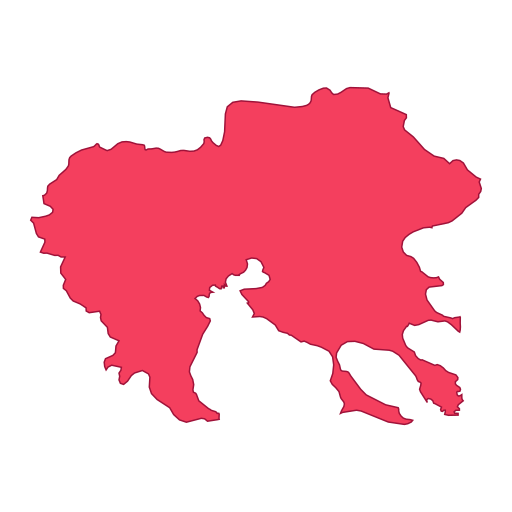 the Region of Kentriki Makedonia
{"feature_id": "GRC-2991", "entity_name": "Kentriki Makedonia", "entity_type": "Region", "adm_level": 1, "iso_a3": "GRC", "parent_name": "Greece", "parent_adm1": "", "projection": "robinson", "projection_center": [23.042, 40.656], "detail": "fine", "context": "isolated", "style": "filled", "palette": "rose", "viewbox_px": 512, "rotation_deg": 0, "n_neighbors": 0, "source": "natural_earth", "source_scale": "10m", "svg_char_len": 6042}
<svg xmlns="http://www.w3.org/2000/svg" viewBox="0 0 512 512"><path d="M241.1,100.9L258.0,102.1L294.6,107.3L302.4,106.5L306.6,105.4L308.6,104.3L310.2,102.7L311.2,100.5L311.5,96.4L312.1,94.7L314.8,92.3L318.9,89.9L323.3,88.2L326.5,88.0L330.0,90.2L331.7,92.8L333.6,94.5L337.6,94.1L340.9,92.4L346.5,88.6L350.0,87.6L368.2,88.1L380.4,93.9L386.6,94.1L388.9,92.8L389.0,93.2L387.9,97.8L390.7,107.6L406.3,114.6L406.4,117.8L404.4,120.5L403.2,126.6L404.6,129.9L413.4,137.0L424.5,149.5L434.1,156.1L443.8,158.4L449.6,163.7L453.0,160.6L456.5,159.9L459.8,160.5L463.4,163.0L467.4,169.9L476.2,177.1L480.5,179.1L479.2,182.0L481.3,188.5L480.7,191.5L478.7,194.3L478.7,197.4L476.1,200.1L465.7,207.6L461.8,213.2L452.1,220.9L448.3,222.7L432.4,226.0L431.9,227.4L431.9,227.7L429.6,227.2L423.5,227.8L413.3,231.8L409.1,234.3L405.2,237.5L402.7,241.2L401.7,247.1L403.3,252.0L406.6,255.4L410.9,256.6L413.6,258.3L416.8,262.4L419.4,267.3L420.6,271.4L421.7,271.7L428.2,276.9L430.6,277.6L433.6,277.9L436.4,277.7L438.5,276.9L439.7,279.3L443.3,282.5L443.4,284.6L441.9,285.6L429.1,287.1L426.3,289.7L425.5,294.1L427.0,300.0L434.7,310.9L436.6,312.5L442.5,315.2L443.6,316.3L450.7,317.9L452.6,318.6L454.7,317.7L459.7,317.0L460.0,316.8L460.3,317.4L460.2,323.1L460.4,326.9L460.2,330.0L459.7,332.1L458.2,331.2L451.4,324.7L447.5,321.8L444.9,320.9L437.9,321.8L431.1,320.1L428.3,320.3L418.8,324.6L414.6,325.4L409.2,323.2L408.6,324.5L407.4,326.4L406.6,326.3L403.5,330.6L402.3,334.5L402.7,338.2L405.7,345.4L406.6,346.7L408.0,348.1L414.3,352.0L415.6,355.7L418.2,358.6L420.9,360.1L422.1,359.8L434.9,365.4L437.2,364.6L440.3,365.7L443.4,368.0L445.7,370.6L448.5,372.4L455.9,374.9L457.9,377.6L457.7,379.6L455.4,381.7L455.4,383.9L456.5,385.3L459.8,387.5L460.5,389.3L459.9,391.2L458.6,391.5L457.3,391.5L456.7,392.3L457.2,394.9L458.4,396.0L460.0,395.8L461.8,394.6L461.8,396.9L461.9,398.5L462.3,399.7L463.2,400.8L458.3,404.7L457.4,406.8L459.4,408.7L459.4,410.2L455.8,410.3L454.1,411.8L454.6,413.2L458.1,413.4L458.1,415.1L448.5,415.3L444.7,414.4L445.3,411.8L445.3,410.2L443.9,410.2L442.5,411.4L441.2,411.1L440.6,409.5L441.5,407.1L434.9,403.6L433.7,403.2L432.8,400.7L430.7,399.0L428.2,398.5L426.9,399.5L426.7,400.6L427.3,402.5L420.5,391.8L419.6,389.3L420.7,385.5L421.1,383.2L420.2,382.2L418.3,381.5L417.2,379.7L416.5,377.6L415.7,375.9L399.0,355.2L392.7,351.2L389.2,350.2L373.9,349.1L363.4,343.5L354.9,341.3L347.4,341.6L341.2,345.2L336.6,352.9L336.1,357.3L337.6,361.1L339.5,364.9L340.4,369.0L341.0,370.4L342.4,371.1L346.2,371.4L347.9,371.9L349.0,373.0L350.7,375.9L360.7,389.3L366.2,394.9L385.6,404.8L398.2,407.7L398.7,409.1L398.7,411.0L399.3,413.4L401.1,416.1L403.3,418.1L406.2,419.2L410.1,419.6L412.7,420.3L411.3,422.0L407.8,423.7L404.4,424.4L388.2,422.0L361.1,411.0L356.5,410.2L342.6,412.4L340.5,413.4L341.5,410.8L343.9,406.5L344.4,403.9L343.8,402.0L341.1,398.5L340.5,397.1L339.0,391.6L335.7,387.6L332.3,384.4L330.3,380.8L332.8,373.5L333.7,364.9L332.6,356.8L329.0,351.2L321.4,347.2L317.3,345.7L310.4,344.2L307.2,342.4L304.2,341.1L301.0,341.9L291.3,335.2L289.4,335.0L287.5,333.3L283.1,332.3L278.7,330.7L275.3,325.0L266.6,318.6L263.0,317.0L259.8,316.5L252.5,317.0L254.3,313.5L252.8,309.8L247.3,303.1L247.9,302.9L248.4,303.0L248.6,302.7L248.6,301.7L241.9,294.5L240.1,290.8L244.2,289.2L256.1,288.6L262.4,287.4L265.2,285.4L266.4,283.3L268.7,281.7L270.2,279.4L269.0,275.3L264.5,272.6L263.3,272.2L262.5,271.5L262.8,270.0L263.9,267.4L261.0,261.7L256.7,258.6L251.6,258.0L246.2,259.7L247.5,264.0L247.0,267.5L245.5,270.2L243.6,272.2L240.7,273.6L238.9,274.8L239.1,275.3L235.3,275.3L233.7,274.8L232.1,273.6L228.4,276.0L226.1,278.8L225.4,282.2L226.9,286.1L225.7,286.1L224.4,284.6L224.3,287.8L223.2,287.8L223.2,286.1L221.8,286.1L221.1,288.8L219.6,288.7L217.6,287.3L215.5,286.1L215.4,285.1L212.6,285.2L209.7,287.5L209.4,290.3L212.9,292.2L211.2,292.4L210.0,292.9L209.3,294.1L209.1,296.3L208.4,297.5L206.7,297.0L203.9,295.4L199.5,295.5L197.2,296.4L195.0,298.5L197.7,300.8L199.6,304.0L200.5,307.6L200.1,310.9L202.3,312.8L204.1,315.4L206.3,317.6L209.7,318.6L210.3,320.9L207.7,326.2L202.7,334.2L197.0,349.8L197.1,352.4L189.9,366.8L189.4,371.9L190.8,375.7L192.7,379.5L193.7,384.6L192.9,389.8L193.4,392.2L195.6,393.2L196.4,394.3L198.8,400.8L208.5,408.6L210.2,409.5L211.2,410.3L215.7,411.7L216.7,412.6L217.1,413.4L218.8,413.3L219.2,414.2L219.0,418.4L219.2,419.3L217.2,419.7L207.5,421.2L204.6,418.8L201.3,418.3L186.4,422.2L179.5,419.9L173.7,414.6L169.7,407.7L157.1,399.5L151.5,393.6L149.3,387.1L149.9,377.2L148.5,373.9L142.4,370.5L134.5,373.0L131.3,375.6L127.5,381.2L123.6,384.4L120.4,383.3L119.0,379.9L119.7,376.3L119.0,373.1L120.9,370.3L121.4,367.3L111.7,365.2L108.0,367.1L106.1,369.9L104.7,366.6L104.2,362.2L105.5,358.7L112.9,355.4L115.4,352.7L116.0,346.0L119.0,340.8L110.3,337.0L108.2,333.6L107.4,327.3L101.2,320.8L100.5,317.5L101.0,314.5L99.6,311.2L89.2,312.7L86.2,311.0L86.1,307.9L80.1,303.9L73.2,301.0L70.3,298.1L66.3,290.7L63.4,288.4L63.3,285.3L65.7,279.4L60.8,273.1L60.6,266.9L65.2,257.0L61.1,257.0L58.1,255.3L54.7,255.4L47.0,253.1L43.6,253.2L40.4,252.1L44.9,242.2L44.8,239.1L38.5,236.9L36.4,233.5L33.6,223.1L30.7,220.2L31.9,217.3L38.7,217.7L45.7,216.2L49.4,214.9L52.6,212.3L53.1,209.3L50.3,206.3L44.0,203.6L42.8,195.7L44.4,195.3L46.7,193.1L47.4,190.5L47.5,188.1L47.8,186.2L49.7,184.1L56.7,179.6L59.2,175.3L65.9,169.4L68.4,165.9L68.8,164.2L69.0,159.7L69.7,157.6L71.2,156.0L76.0,152.8L81.6,150.0L93.5,146.7L94.4,146.1L96.3,144.2L97.0,143.7L98.4,144.2L99.0,145.3L99.3,146.4L99.7,147.1L105.9,150.1L107.2,150.6L111.1,149.3L117.8,143.7L122.0,141.9L126.2,141.6L129.8,142.0L136.8,144.1L142.5,144.7L144.2,145.2L144.6,146.1L144.9,149.0L145.3,149.8L146.4,149.9L148.0,149.0L151.5,148.9L156.2,148.1L158.5,148.3L160.2,149.1L164.1,151.4L166.2,152.2L171.7,152.4L174.7,152.1L177.3,151.5L180.8,150.5L183.8,150.4L189.8,151.3L193.9,151.1L197.4,149.8L200.6,147.3L203.8,143.6L204.2,141.7L204.0,139.7L204.7,138.0L207.5,137.3L209.6,137.8L210.7,139.1L211.5,140.9L213.0,142.7L216.2,145.4L218.7,146.5L220.7,145.2L222.8,140.6L224.6,131.8L225.4,113.9L227.3,106.8L232.8,102.3L241.1,100.9Z" fill="#f43f5e" stroke="#9f1239" stroke-width="1.5"/></svg>